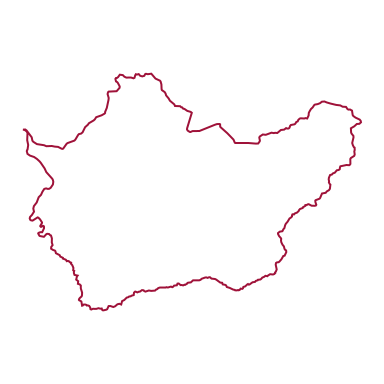 Atsabe, Ermera, East Timor
{"feature_id": "22284137B3640160656935", "entity_name": "Atsabe", "entity_type": "district", "adm_level": 2, "iso_a3": "TLS", "parent_name": "East Timor", "parent_adm1": "Ermera", "projection": "orthographic", "projection_center": [125.398, -8.932], "detail": "fine", "context": "isolated", "style": "outline", "palette": "rose", "viewbox_px": 384, "rotation_deg": 0, "n_neighbors": 0, "source": "geoboundaries", "source_scale": "gbopen_adm2", "svg_char_len": 5931}
<svg xmlns="http://www.w3.org/2000/svg" viewBox="0 0 384 384"><path d="M332.9,173.4L334.8,172.7L336.8,170.3L338.6,170.0L339.7,169.3L340.0,167.2L340.4,166.3L346.5,165.0L349.2,165.2L350.0,164.6L350.4,163.9L350.3,159.0L350.9,158.0L354.2,155.9L354.7,154.5L354.3,151.4L354.7,150.0L354.6,147.6L353.9,147.2L352.9,145.3L352.2,143.0L353.5,137.4L353.4,135.9L351.5,133.5L351.1,132.4L350.9,128.3L354.3,126.3L356.8,124.0L359.4,123.8L361.0,122.3L360.7,120.9L359.7,119.6L355.5,117.6L353.3,116.0L352.7,115.1L352.0,110.6L350.0,109.5L348.4,109.6L347.5,109.1L346.0,106.9L342.6,106.7L340.3,105.4L336.1,104.9L330.3,103.5L326.6,102.4L324.5,101.5L321.9,101.7L320.0,103.2L317.7,104.1L314.9,104.6L314.2,105.1L312.7,107.4L310.9,109.1L309.5,111.5L308.8,112.9L308.6,115.5L307.2,118.5L305.5,118.1L304.3,118.5L300.7,118.3L299.7,118.6L298.3,119.9L297.7,121.4L296.3,122.0L295.3,123.7L294.5,124.3L290.9,125.0L290.1,125.9L289.5,127.7L288.9,128.3L288.1,128.6L286.8,128.5L286.1,128.1L284.2,129.6L280.9,130.0L277.3,133.0L275.1,132.8L273.8,133.1L271.5,132.7L265.8,134.8L262.8,134.5L259.8,136.5L259.3,137.4L259.4,138.2L259.9,140.6L259.7,141.4L258.2,143.5L255.9,143.6L248.3,143.0L235.4,143.0L234.8,142.7L233.5,139.6L227.3,133.2L220.7,127.3L220.2,126.7L220.1,124.3L219.5,124.0L216.9,124.1L214.8,124.8L199.4,131.0L192.5,131.1L190.5,132.0L189.7,131.9L187.7,130.6L187.0,129.4L187.1,128.3L191.8,112.8L190.7,111.9L187.3,110.9L184.4,108.9L183.2,108.7L182.2,107.4L181.3,107.3L180.1,106.2L175.0,106.0L174.3,104.4L169.9,100.7L168.7,98.5L166.1,95.4L165.6,93.6L164.7,92.1L161.9,90.1L161.6,89.2L161.4,84.4L160.6,81.5L160.0,80.7L155.5,78.6L151.3,73.7L147.8,74.2L145.9,73.8L145.1,74.2L144.3,75.8L142.3,76.4L140.2,75.8L138.7,74.1L136.8,74.6L135.9,74.2L135.2,75.3L134.5,77.8L133.5,78.3L130.9,77.5L126.3,77.6L124.4,76.7L122.8,75.1L119.8,74.7L118.0,77.2L116.8,78.0L116.0,78.0L115.4,78.9L116.0,81.4L117.3,82.2L117.9,83.0L119.7,86.4L119.6,87.8L116.6,91.2L108.7,91.6L108.2,92.0L107.8,93.1L107.6,94.1L108.7,98.0L108.5,99.9L106.8,107.9L105.1,112.0L105.1,113.0L104.6,113.6L101.6,115.3L96.2,117.2L94.8,119.4L93.7,120.4L88.8,123.3L88.0,124.6L85.1,127.2L82.6,132.3L81.1,133.6L78.9,134.1L78.1,135.0L75.3,139.7L74.4,140.6L67.5,143.1L66.6,143.8L63.2,148.6L62.4,148.9L61.6,148.7L58.1,146.9L54.7,146.6L51.8,146.0L46.4,146.2L44.0,145.2L36.9,144.1L33.3,141.8L32.4,140.7L31.7,137.3L26.6,130.5L25.3,129.5L23.0,129.6L24.9,130.1L26.6,131.4L27.5,133.0L27.2,140.2L28.2,145.0L27.5,149.7L27.0,150.2L26.8,151.2L27.5,153.9L30.0,155.6L34.1,157.0L37.0,159.0L39.5,161.3L40.7,162.7L44.6,168.4L46.3,172.1L52.3,178.8L52.9,180.0L53.3,181.8L52.9,184.5L50.6,187.9L48.9,188.9L47.7,188.9L46.1,188.4L44.3,188.9L42.5,191.6L41.0,194.9L38.7,197.2L36.7,202.5L33.9,206.1L33.3,208.6L34.0,211.7L31.9,215.0L30.1,216.9L29.7,218.3L30.0,219.3L30.4,220.0L31.2,220.4L32.6,220.6L37.6,217.4L38.4,217.7L40.0,219.3L42.0,222.4L42.0,223.0L40.3,225.8L40.3,226.3L41.0,226.9L42.2,226.4L42.9,225.8L43.7,226.1L44.0,226.7L44.0,228.3L42.2,232.2L40.3,232.2L38.5,232.9L38.2,233.5L39.3,235.6L39.8,236.0L43.9,236.8L46.4,234.1L47.2,233.8L49.0,234.0L50.2,235.2L51.0,235.5L51.9,238.4L51.8,242.5L52.6,245.1L51.2,247.0L51.1,248.7L52.9,249.9L54.9,250.6L55.4,251.2L55.9,253.2L59.7,255.2L60.3,256.6L62.9,257.8L62.9,258.6L65.8,259.7L66.8,261.2L67.9,260.9L68.9,261.2L69.7,262.2L70.7,262.4L71.2,262.8L71.0,263.7L72.3,265.2L73.4,267.9L73.2,270.3L74.2,270.9L73.9,271.7L73.9,273.1L74.5,274.9L77.6,275.6L76.9,276.6L76.2,279.6L78.2,281.2L77.9,283.8L79.7,284.4L80.8,285.5L80.8,288.4L82.1,292.6L82.0,295.2L81.6,296.4L79.8,298.0L79.0,299.2L78.9,299.9L79.2,300.3L81.0,301.2L81.4,301.6L82.1,305.7L82.8,305.5L83.5,304.6L85.0,304.5L86.4,304.9L86.8,305.5L87.8,305.4L89.2,305.9L90.2,307.5L90.5,309.2L91.3,309.5L92.9,308.8L96.2,308.9L98.5,308.2L100.4,308.7L101.7,308.5L102.2,309.9L102.8,310.3L103.7,310.3L106.3,309.7L107.2,309.2L108.6,306.1L110.3,306.0L113.3,307.0L115.1,306.3L117.4,304.3L119.3,303.8L121.2,304.5L122.1,301.1L124.3,300.0L126.7,297.6L128.3,297.2L129.1,296.5L130.7,296.3L131.5,295.7L133.7,295.1L134.0,292.7L134.9,291.7L135.5,291.6L137.3,292.4L138.9,291.7L139.8,291.7L142.0,290.1L143.6,290.3L144.1,291.0L145.4,291.6L148.9,290.5L151.2,290.9L155.0,290.6L156.2,289.5L157.3,289.1L158.2,288.1L160.0,287.5L165.8,287.5L166.3,287.2L167.9,287.5L171.0,286.6L172.2,287.2L173.2,286.7L174.1,285.6L176.8,285.3L177.5,283.6L178.7,283.5L180.6,285.1L181.7,285.0L183.1,285.4L184.5,284.7L185.0,284.9L187.2,283.6L187.4,283.0L188.0,282.7L190.8,282.4L193.1,280.3L199.3,280.3L200.6,279.8L201.6,278.8L205.2,277.5L206.3,277.4L207.6,277.9L208.9,277.3L209.9,277.2L211.5,278.6L215.0,279.0L216.2,279.6L220.3,282.6L222.2,282.8L222.7,284.4L225.0,284.8L226.1,285.4L226.8,287.0L229.7,287.9L233.2,289.6L234.8,289.9L235.1,290.3L236.9,290.4L238.1,290.0L238.6,290.3L239.6,290.0L240.6,288.6L242.2,288.9L242.9,288.4L243.4,286.9L245.2,286.4L247.3,284.4L248.0,284.0L248.6,284.6L249.5,284.5L252.5,282.3L255.0,281.9L255.8,280.9L257.7,280.3L257.9,279.8L260.4,279.5L261.2,278.9L262.3,277.6L264.2,276.8L265.4,275.8L267.4,276.2L267.9,275.6L270.1,274.2L273.0,274.5L274.3,274.0L275.2,273.1L275.0,272.6L275.9,271.5L276.7,269.4L275.7,264.7L276.0,263.0L276.9,262.4L278.6,262.2L279.4,261.6L281.4,259.3L283.3,256.0L284.6,255.7L286.3,252.1L286.1,250.4L285.4,250.1L284.5,248.9L283.9,246.4L282.5,244.7L281.3,242.2L281.0,240.5L281.2,238.8L281.0,238.3L279.1,236.1L278.0,233.9L278.0,233.1L279.7,231.7L282.4,231.2L283.4,229.2L284.4,228.1L285.1,225.3L285.8,223.8L287.6,221.7L289.5,218.5L290.9,217.6L292.0,216.5L292.0,215.4L292.4,214.4L293.1,214.2L293.9,214.5L294.9,213.4L297.0,212.6L298.7,211.0L299.1,210.0L300.0,209.0L302.7,208.0L302.9,207.3L305.4,205.8L305.4,205.1L306.9,204.9L307.9,204.3L308.7,204.2L311.6,205.7L314.8,205.8L315.9,205.5L316.3,204.8L315.4,202.1L315.3,200.6L315.6,200.2L319.5,198.7L320.1,198.0L322.0,193.5L325.7,192.8L326.8,191.4L328.9,190.2L329.9,188.8L330.4,184.6L329.6,183.8L328.9,182.4L329.1,181.3L328.7,179.5L328.9,177.8L330.1,175.0L331.8,174.6L332.9,173.4Z" fill="none" stroke="#9f1239" stroke-width="2"/></svg>